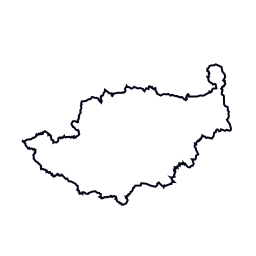 outline of Tumbiscatío, Michoacán, Mexico, rotated 9°
{"feature_id": "50627088B697962436466", "entity_name": "Tumbiscatío", "entity_type": "district", "adm_level": 2, "iso_a3": "MEX", "parent_name": "Mexico", "parent_adm1": "Michoacán", "projection": "orthographic", "projection_center": [-102.522, 18.584], "detail": "fine", "context": "isolated", "style": "outline", "palette": "ink", "viewbox_px": 256, "rotation_deg": 9, "n_neighbors": 0, "source": "geoboundaries", "source_scale": "gbopen_adm2", "svg_char_len": 5829}
<svg xmlns="http://www.w3.org/2000/svg" viewBox="0 0 256 256"><g transform="rotate(9 128 128)"><path d="M225.8,100.3L224.9,98.1L225.1,96.2L224.0,95.3L223.1,91.7L220.5,91.1L219.2,89.6L217.7,81.5L217.1,80.7L215.7,80.4L215.0,78.9L215.4,77.9L215.1,77.0L215.5,76.3L215.4,75.6L213.9,74.6L214.8,73.5L214.5,72.8L216.3,71.6L216.1,71.0L217.2,69.5L216.6,67.8L215.8,67.2L216.2,66.4L214.6,65.9L215.7,63.7L215.8,61.8L214.8,59.6L212.3,57.3L210.8,53.1L204.7,51.4L203.5,52.5L200.0,53.3L198.9,54.0L198.0,56.6L197.2,56.9L197.1,57.9L197.5,59.4L198.5,59.2L199.8,61.3L199.5,61.5L199.8,61.7L199.3,64.1L199.9,64.6L199.5,65.1L199.5,66.0L199.0,65.8L199.9,67.2L200.0,68.2L201.5,69.8L204.6,71.1L205.1,71.8L206.7,70.8L207.7,71.1L209.1,75.0L205.8,75.8L205.1,76.9L205.1,78.5L204.5,79.4L203.7,79.3L203.5,80.0L202.7,79.4L202.6,80.3L197.6,84.2L194.2,84.6L191.3,86.1L183.2,87.4L182.6,85.4L181.8,85.3L180.8,87.4L181.0,88.2L180.7,88.7L181.2,89.1L181.5,90.2L181.2,90.3L180.9,91.3L180.3,91.4L179.8,90.7L178.9,90.8L177.3,89.4L176.1,89.0L175.0,89.7L173.9,89.2L172.2,89.3L171.7,88.8L168.9,89.0L166.3,88.3L165.2,89.4L162.5,88.0L161.1,88.7L157.9,88.9L155.1,90.8L151.1,89.4L150.7,87.8L150.0,87.5L149.2,86.4L149.2,85.6L148.8,85.6L148.6,84.4L147.0,85.6L145.7,84.3L145.4,84.7L144.8,84.5L144.8,83.7L144.0,83.9L142.7,83.3L142.2,83.8L142.3,84.8L141.8,85.5L142.0,86.2L139.8,85.9L138.5,89.1L137.3,88.2L136.8,87.2L133.8,86.6L131.4,87.4L127.7,86.3L127.3,87.1L125.3,88.6L122.5,87.4L121.2,87.6L120.0,86.5L119.9,88.0L119.4,88.4L118.9,89.9L119.7,92.0L118.9,93.3L118.2,93.4L117.7,94.0L116.9,93.7L115.8,94.4L112.9,94.7L108.5,96.3L107.5,98.9L106.9,98.6L106.5,96.4L103.6,96.6L103.3,96.0L99.3,93.9L99.4,95.7L98.5,97.0L98.3,99.3L97.9,100.0L96.6,100.3L96.3,101.3L96.7,101.7L96.3,102.8L97.9,105.5L97.6,107.2L95.0,105.2L94.1,103.7L92.0,103.1L90.4,103.5L88.3,102.9L87.6,103.0L86.4,105.3L84.5,105.8L82.3,107.9L78.1,109.0L78.0,111.2L78.6,111.8L77.9,113.2L78.5,114.1L78.8,116.1L78.1,118.4L78.9,119.9L77.5,123.5L78.1,125.0L77.6,125.9L77.9,127.2L77.2,128.2L77.8,129.9L77.1,130.3L74.4,129.5L72.5,130.0L71.5,132.4L72.2,134.2L73.5,135.0L73.6,135.6L74.9,135.9L76.7,137.7L78.8,138.4L79.1,138.0L79.9,139.0L80.0,140.2L80.9,141.8L80.1,143.1L78.3,144.4L77.8,145.8L77.1,145.9L76.0,144.5L75.6,144.9L76.0,145.6L75.6,146.2L74.9,145.4L74.0,145.3L73.3,145.6L73.0,146.5L71.2,145.8L70.2,146.4L68.8,146.4L67.9,147.1L66.7,146.7L66.2,145.8L64.9,148.1L64.1,147.7L63.2,148.6L62.4,147.9L60.9,148.7L61.1,151.7L59.8,153.4L57.4,153.5L56.6,154.2L56.1,151.9L54.2,151.5L53.5,149.2L53.0,148.8L53.2,148.0L51.5,146.6L50.4,147.5L50.0,145.8L46.5,144.1L45.2,145.5L44.6,145.6L44.9,146.4L44.6,147.3L43.4,147.6L43.2,146.6L42.3,146.9L42.0,147.7L40.9,147.6L40.9,148.4L38.7,148.5L39.1,149.7L38.4,150.0L38.2,151.0L36.5,152.5L35.7,152.5L33.7,154.5L33.0,154.4L29.7,155.5L28.3,157.1L26.1,157.2L26.1,157.6L29.1,159.4L29.4,160.9L32.8,164.0L33.7,163.1L34.2,163.9L36.4,163.3L37.3,164.1L38.6,163.5L38.9,164.2L40.0,164.1L40.3,166.3L39.6,166.6L40.1,167.7L38.7,169.3L39.7,172.2L39.6,173.0L42.1,175.3L44.2,176.1L45.2,177.3L45.9,177.3L48.2,179.2L47.9,179.9L48.6,182.3L50.3,181.6L51.7,182.4L52.9,182.1L53.6,182.8L54.1,182.7L54.4,184.2L55.2,183.6L56.5,184.6L57.7,183.7L58.5,184.9L59.2,185.3L59.8,185.1L60.0,186.1L60.7,185.7L61.4,187.3L62.5,187.6L63.0,186.7L63.9,186.6L64.3,185.7L65.3,185.3L65.4,184.4L66.2,184.4L66.9,185.3L67.9,185.3L67.9,185.8L69.3,185.5L69.9,184.5L74.5,188.0L75.7,187.4L77.8,189.9L80.2,189.7L84.6,191.2L86.2,192.7L87.3,192.9L87.9,195.3L87.5,196.9L88.5,196.9L88.8,197.7L89.3,197.7L89.4,198.8L90.0,199.0L90.2,200.1L90.7,199.9L91.0,200.5L92.4,199.9L92.7,199.2L93.1,199.6L93.0,198.9L93.7,199.0L94.3,198.3L96.6,199.4L98.8,199.4L99.3,198.5L100.8,197.5L103.2,196.2L105.8,195.6L107.3,196.6L108.6,196.9L109.5,196.5L110.8,197.6L111.4,197.5L111.9,200.2L110.9,200.6L112.9,201.6L113.4,201.1L113.9,201.4L115.6,199.9L116.7,200.1L117.7,199.3L119.0,199.5L121.0,198.4L122.6,198.5L122.2,197.8L123.6,198.0L125.0,197.3L126.5,198.2L126.9,197.9L127.4,198.9L126.8,199.8L127.5,199.8L128.1,200.3L128.1,201.2L129.0,202.2L131.1,202.7L131.3,203.6L132.4,203.4L132.7,203.9L133.6,203.8L133.9,204.6L135.2,204.6L138.1,202.6L139.0,199.3L137.8,197.5L137.1,197.6L136.4,196.2L137.5,196.2L137.4,195.4L138.7,194.8L138.4,194.0L138.9,193.3L139.4,193.5L140.4,192.4L140.5,190.7L141.5,190.3L142.2,188.9L142.4,186.5L143.5,185.9L143.5,184.8L144.4,183.7L149.4,182.9L149.8,182.1L149.5,180.9L150.0,180.4L154.6,180.2L159.5,181.4L164.3,181.7L166.0,179.6L165.6,178.4L166.9,177.0L170.5,179.7L171.7,179.6L172.5,180.9L173.2,179.0L174.1,179.3L177.9,177.0L179.6,176.5L179.8,176.2L179.5,175.2L180.8,174.2L182.0,174.1L179.3,172.2L179.2,171.1L177.9,170.1L179.3,170.3L180.2,169.2L181.6,168.8L180.7,167.1L181.3,166.0L181.2,165.2L181.7,163.7L181.3,163.0L180.9,163.4L180.3,163.2L180.5,162.2L180.1,162.4L179.9,161.9L180.8,161.7L180.6,160.7L181.5,160.5L180.6,159.4L182.0,159.4L182.4,158.7L183.3,159.3L183.2,158.6L182.7,158.1L183.7,157.1L184.7,157.1L184.5,156.2L185.1,156.7L185.1,156.1L184.7,156.0L185.6,155.2L185.4,154.8L186.1,154.9L186.8,154.4L187.0,154.9L187.5,154.5L187.8,155.0L188.4,154.5L188.3,154.0L189.2,155.0L189.4,154.1L189.8,154.1L192.3,156.5L193.5,157.2L195.0,157.2L195.5,157.1L195.8,156.1L196.8,155.3L197.8,155.1L198.3,154.0L198.4,152.6L197.1,150.6L197.2,150.1L196.1,148.9L199.2,148.7L199.8,147.4L199.5,144.7L201.5,143.1L198.3,138.4L198.2,137.4L196.8,136.2L196.6,134.7L197.1,134.1L196.7,133.1L197.9,133.5L197.7,132.4L198.3,130.6L199.7,130.0L199.5,129.4L200.2,129.4L200.5,128.3L200.9,128.5L201.2,127.6L201.8,127.4L202.0,125.7L202.6,125.2L202.5,123.7L203.1,123.8L203.3,124.4L205.3,124.4L206.8,125.6L208.3,124.9L212.5,125.3L213.8,122.6L213.9,119.1L215.4,118.3L215.4,116.4L216.0,115.6L217.0,115.5L218.4,117.0L219.7,116.5L220.2,114.7L224.4,115.6L225.7,114.3L228.6,114.9L229.9,113.8L229.7,112.2L228.0,108.4L224.4,104.4L225.4,102.8L225.8,100.3Z" fill="none" stroke="#020617" stroke-width="2"/></g></svg>